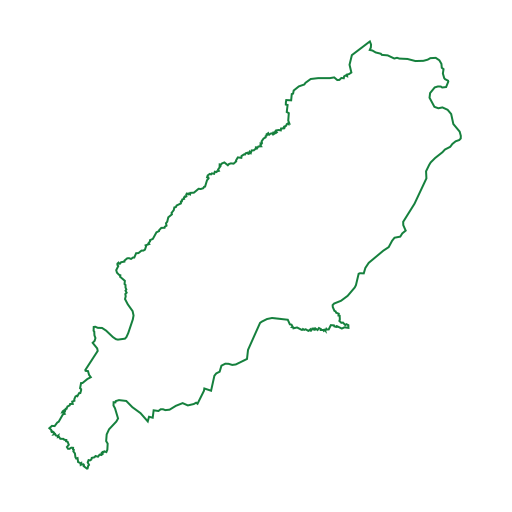 outline of Plaeng Yao, Chachoengsao, Thailand, rotated 92°
{"feature_id": "78962969B34139607112253", "entity_name": "Plaeng Yao", "entity_type": "district", "adm_level": 2, "iso_a3": "THA", "parent_name": "Thailand", "parent_adm1": "Chachoengsao", "projection": "orthographic", "projection_center": [101.361, 13.55], "detail": "fine", "context": "isolated", "style": "outline", "palette": "green", "viewbox_px": 512, "rotation_deg": 92, "n_neighbors": 0, "source": "geoboundaries", "source_scale": "gbopen_adm2", "svg_char_len": 6065}
<svg xmlns="http://www.w3.org/2000/svg" viewBox="0 0 512 512"><g transform="rotate(92 256 256)"><path d="M89.3,224.1L92.4,224.6L92.9,225.9L99.2,226.3L99.1,231.2L101.3,231.5L103.6,231.5L104.0,229.7L111.0,230.3L112.1,228.2L119.5,228.5L122.4,227.3L122.3,228.1L123.1,228.1L122.6,229.0L123.2,229.9L124.8,230.4L125.7,232.4L126.8,232.9L127.1,232.1L127.5,232.4L127.7,235.4L129.6,235.6L129.3,237.7L129.8,240.4L130.7,241.0L131.7,239.6L132.6,240.7L132.1,242.6L133.5,242.4L134.0,243.2L132.8,244.1L133.3,246.0L134.4,247.1L134.1,248.2L133.0,248.3L134.0,249.7L135.2,249.5L136.0,250.6L137.1,250.5L138.3,252.5L141.2,254.4L142.8,254.0L143.2,255.2L143.9,254.6L144.9,255.5L146.2,254.7L146.5,257.5L148.3,258.7L147.4,259.2L147.4,259.9L148.6,259.9L150.5,261.9L150.6,264.0L153.3,264.8L152.3,265.8L153.5,265.9L154.2,266.9L153.8,267.9L153.0,267.9L153.7,269.9L155.0,270.6L154.8,271.4L156.5,273.9L158.4,274.1L158.1,277.6L161.2,279.3L162.1,279.1L164.5,281.6L164.3,284.3L165.0,286.2L166.3,287.3L163.6,290.9L164.7,293.3L165.9,294.2L165.7,295.5L167.1,295.5L166.8,294.9L167.4,294.6L170.9,296.9L172.2,296.1L172.7,298.0L173.5,298.4L173.2,300.1L175.3,300.7L175.0,303.0L176.0,303.8L175.6,305.1L177.2,307.1L179.0,307.6L179.1,306.4L180.1,306.1L182.0,307.6L188.4,309.3L188.7,310.3L190.1,311.1L191.0,313.6L190.8,315.7L194.9,320.3L195.2,323.9L196.5,324.0L196.1,324.6L196.7,325.2L195.9,326.0L196.4,326.8L196.1,327.4L197.2,327.9L198.8,327.6L199.4,328.7L199.1,329.4L200.3,330.1L201.4,329.8L202.1,331.7L204.0,332.0L204.2,333.0L206.1,332.9L208.3,337.1L209.9,337.8L210.3,339.3L213.0,339.8L215.9,341.9L217.3,341.5L220.4,345.0L224.8,345.9L226.4,347.1L228.8,346.5L229.9,348.1L231.0,348.4L231.2,351.6L233.6,353.7L234.5,353.8L235.8,356.3L242.5,359.7L243.9,362.5L245.0,362.4L247.0,363.9L247.8,363.2L249.2,366.7L250.1,366.2L253.5,367.2L254.5,368.7L254.6,370.6L257.2,373.6L257.4,375.9L261.8,377.6L261.8,378.8L263.3,380.8L262.6,382.8L262.8,384.6L265.2,387.3L266.2,387.3L266.9,390.6L268.5,391.8L268.3,392.8L267.5,393.2L268.4,394.2L269.7,394.2L270.9,393.3L275.0,395.2L277.5,394.4L279.6,392.2L280.0,390.9L281.5,391.1L285.4,386.2L288.6,386.4L289.5,385.4L292.1,385.3L294.0,384.4L295.2,385.2L297.2,384.0L298.6,385.3L300.8,384.8L303.6,385.4L308.7,382.5L315.4,377.4L319.7,376.3L323.7,376.9L337.5,381.0L341.6,382.7L343.2,384.1L344.4,391.1L344.0,393.1L342.0,396.2L335.8,403.2L333.3,407.3L333.3,411.7L332.3,414.2L332.6,415.7L336.4,415.7L337.2,415.0L340.9,414.7L343.6,413.6L346.4,414.3L348.5,416.2L353.9,411.5L356.4,410.9L375.9,422.6L376.7,422.3L376.9,419.9L380.6,418.7L382.9,416.9L384.8,420.2L389.0,425.0L389.1,426.4L394.3,427.2L395.2,426.1L396.4,426.1L399.1,426.8L399.2,428.0L402.3,429.6L401.9,430.2L402.7,431.5L405.5,432.6L407.0,432.4L407.9,434.6L410.2,434.0L410.4,436.6L411.8,437.0L413.0,439.2L415.3,440.0L415.3,440.9L417.5,441.4L416.8,442.3L418.0,443.8L418.9,444.2L418.5,442.8L420.1,441.9L420.0,442.7L420.7,442.5L421.1,443.5L428.5,447.4L429.4,448.8L433.0,451.3L432.9,454.0L435.3,456.5L436.9,454.6L438.4,454.3L438.3,453.5L438.6,453.0L439.2,453.3L439.5,451.7L440.4,451.3L441.3,451.9L440.9,450.5L442.3,449.8L442.8,447.9L442.3,447.3L443.9,447.6L443.6,446.6L445.5,445.2L445.5,442.0L446.4,441.2L446.5,439.2L447.8,439.3L448.2,437.8L451.2,436.5L453.5,438.3L455.2,437.2L455.2,435.7L454.0,433.9L454.1,432.1L455.7,432.1L456.2,431.3L457.6,431.7L459.6,430.1L463.5,429.4L464.7,428.6L464.2,427.3L468.1,426.6L469.1,424.2L470.3,424.0L469.4,423.3L470.6,423.1L470.2,421.2L471.0,420.6L472.0,420.9L474.4,417.5L474.2,416.9L471.6,416.4L470.6,415.6L468.1,417.0L465.8,416.2L466.1,414.8L465.2,413.5L463.5,413.1L462.8,410.4L461.5,409.4L462.1,406.9L460.0,405.4L460.3,403.6L459.5,402.7L459.1,403.7L458.0,403.3L457.9,402.4L457.2,402.3L457.3,401.3L456.5,400.8L457.2,398.7L454.8,397.8L448.7,397.7L446.2,399.3L439.5,399.0L434.3,396.8L426.3,389.8L423.2,388.2L413.1,391.6L410.4,393.2L407.1,393.2L407.2,391.4L405.9,391.1L404.8,387.9L405.4,380.6L411.4,374.3L417.1,365.9L425.1,358.4L420.4,357.3L421.2,353.6L413.8,352.9L414.3,348.1L412.5,345.9L412.4,343.6L413.2,341.3L412.6,337.0L408.5,330.8L405.6,324.2L407.7,318.9L406.1,313.0L404.7,310.7L405.7,309.3L392.5,303.3L390.2,303.0L392.2,296.2L377.1,293.4L374.7,291.6L372.9,288.3L366.8,286.7L364.7,282.9L364.7,279.7L365.7,275.9L365.1,272.4L359.2,261.4L350.1,260.7L322.7,249.6L321.4,247.9L318.6,242.8L317.4,237.9L318.6,222.0L323.1,219.8L323.4,218.1L325.4,216.9L325.9,217.5L326.4,215.8L326.9,215.8L326.0,212.5L328.2,207.8L328.1,206.8L327.4,206.5L328.1,205.1L327.5,203.8L329.0,201.1L327.5,199.2L328.6,199.2L328.8,198.5L326.5,196.8L326.5,195.9L327.5,195.6L327.7,194.7L326.3,194.2L327.8,191.9L325.8,190.6L326.8,188.6L327.7,188.7L327.6,186.2L328.3,185.7L327.5,185.1L328.2,184.3L327.3,184.6L327.3,183.6L326.4,183.2L327.0,182.7L326.9,180.8L322.5,178.8L322.6,175.7L323.6,175.3L324.1,173.2L324.0,172.6L323.5,173.3L323.2,172.9L325.5,167.7L324.2,165.1L324.6,161.1L321.9,161.3L321.0,163.3L321.9,164.4L319.5,166.8L319.8,168.4L318.0,170.4L316.4,170.0L312.8,170.3L312.6,171.5L310.8,171.3L309.9,173.9L308.6,174.5L308.1,175.7L304.3,177.5L302.4,177.7L300.8,176.3L297.8,169.5L292.6,163.0L284.0,156.2L281.6,155.1L270.2,152.8L269.6,151.5L269.6,147.7L264.1,146.3L258.9,143.1L246.2,128.9L242.5,123.7L236.0,120.5L232.9,118.2L231.6,112.5L228.3,110.6L225.4,107.3L220.0,109.9L216.7,110.1L198.2,99.4L172.5,88.4L165.4,89.0L158.9,86.1L156.4,84.7L151.8,80.4L145.8,73.3L143.0,70.9L140.1,65.7L137.2,63.7L134.4,60.5L133.0,56.9L131.4,55.5L128.8,55.5L124.6,56.8L117.2,63.4L107.3,65.9L103.2,69.6L101.0,74.9L102.0,78.9L100.7,82.9L91.8,88.1L87.1,87.7L81.3,83.3L80.2,80.1L80.2,77.2L81.1,75.8L80.5,71.9L75.0,69.9L74.1,70.2L72.7,73.2L71.7,74.1L67.1,75.6L62.7,75.1L61.4,76.9L57.5,77.4L54.0,79.6L51.7,83.3L52.2,88.7L53.8,91.3L55.1,95.5L55.6,103.5L53.8,111.5L53.7,119.6L53.0,122.0L53.8,124.7L50.9,131.4L50.6,137.3L49.5,138.3L48.4,143.5L46.6,146.8L46.1,149.5L43.6,148.5L40.7,148.4L37.6,149.7L51.9,167.2L61.6,169.2L69.3,167.1L71.0,169.5L71.5,171.4L73.1,171.2L72.4,172.7L73.4,174.2L75.3,174.5L75.1,176.9L77.1,178.8L77.3,180.9L74.8,184.1L75.7,188.6L76.1,200.3L77.2,207.5L81.2,212.6L82.9,213.7L85.0,219.1L89.3,224.1Z" fill="none" stroke="#15803d" stroke-width="2"/></g></svg>